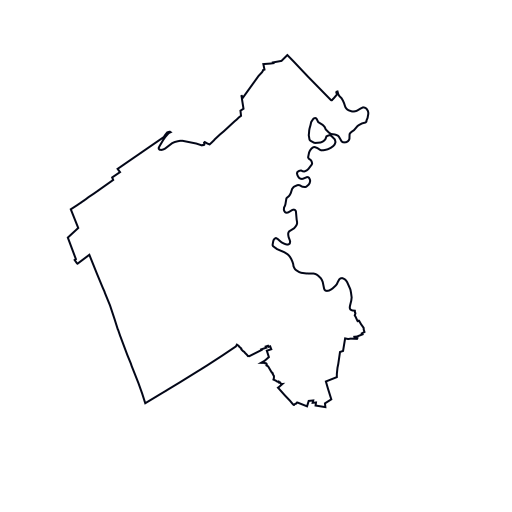 El Higo, Veracruz, Mexico, rotated 152°
{"feature_id": "50627088B45617363744287", "entity_name": "El Higo", "entity_type": "district", "adm_level": 2, "iso_a3": "MEX", "parent_name": "Mexico", "parent_adm1": "Veracruz", "projection": "orthographic", "projection_center": [-98.455, 21.767], "detail": "fine", "context": "isolated", "style": "outline", "palette": "ink", "viewbox_px": 512, "rotation_deg": 152, "n_neighbors": 0, "source": "geoboundaries", "source_scale": "gbopen_adm2", "svg_char_len": 6092}
<svg xmlns="http://www.w3.org/2000/svg" viewBox="0 0 512 512"><g transform="rotate(152 256 256)"><path d="M106.8,363.0L107.8,363.2L108.2,362.7L108.4,362.5L108.4,360.7L113.2,358.8L115.1,358.2L115.7,357.9L116.0,357.9L116.6,358.4L125.9,389.9L131.4,409.9L134.0,418.7L141.9,416.3L150.0,418.9L150.0,418.6L150.1,418.1L152.8,419.1L159.4,422.0L160.3,419.0L160.6,418.1L160.8,417.1L161.0,416.6L162.6,416.8L163.2,416.1L164.5,415.4L169.2,413.8L192.9,402.1L193.5,404.8L194.1,402.7L194.7,401.2L197.9,391.9L201.5,391.6L203.4,386.8L206.1,386.4L209.1,385.5L211.6,385.0L226.0,381.2L230.8,380.2L237.9,378.3L238.4,378.0L242.2,376.9L244.6,376.3L246.2,378.2L247.4,380.2L247.8,380.7L248.7,380.4L249.0,379.0L249.5,378.5L249.9,378.5L250.4,378.6L250.9,379.0L251.7,379.2L251.9,379.1L255.9,383.3L266.9,392.3L269.1,393.4L271.4,394.1L274.3,394.8L277.0,395.0L286.0,393.5L287.7,393.6L289.6,394.0L291.2,395.1L291.4,395.7L291.5,396.4L291.0,397.3L289.1,398.6L283.3,402.1L280.4,403.6L276.0,405.3L275.1,405.5L273.3,405.4L273.7,406.2L275.2,406.6L276.4,406.8L279.2,405.6L281.6,404.3L337.3,397.9L336.7,393.9L346.1,392.9L346.4,390.2L369.9,387.2L376.2,386.6L379.7,386.0L390.4,384.8L397.6,384.2L399.8,364.2L413.5,360.6L416.5,337.8L418.0,337.6L417.5,333.5L417.2,333.0L402.6,335.3L404.8,314.7L406.2,300.1L406.5,295.6L406.7,294.8L408.1,280.9L410.6,266.2L412.5,256.0L412.4,255.7L413.5,248.9L413.6,247.7L413.8,246.4L416.1,228.9L417.0,219.7L417.4,217.5L419.5,198.8L421.1,187.9L422.9,178.0L382.4,180.2L350.9,182.3L332.6,183.9L316.2,185.6L314.5,186.7L313.5,184.8L313.4,183.8L312.4,181.2L312.8,180.5L312.1,178.1L311.4,176.9L311.2,175.6L310.4,173.1L310.1,171.4L309.6,171.2L309.0,170.7L295.2,170.4L295.2,171.1L289.9,170.2L289.9,171.5L287.5,171.1L287.5,169.9L285.9,169.6L286.3,166.5L290.9,167.3L292.1,160.7L296.8,159.6L298.0,159.4L301.7,159.3L299.2,157.9L298.2,157.2L298.2,156.8L297.4,156.4L297.3,155.4L297.8,154.6L298.1,154.4L297.1,152.8L296.8,145.8L296.4,145.4L296.3,144.9L296.3,144.5L296.6,144.3L296.6,142.7L296.5,141.6L297.5,139.8L298.6,138.7L297.0,136.6L296.2,135.1L295.8,134.7L294.9,134.6L294.7,133.6L295.0,133.3L294.7,133.0L294.2,133.0L294.2,132.6L294.0,132.4L294.0,131.6L293.7,131.1L293.5,130.9L292.8,130.6L297.0,129.6L298.4,129.4L295.9,119.2L293.9,112.1L293.2,108.6L292.7,106.9L292.4,106.7L292.2,106.9L290.3,107.0L289.7,106.8L288.6,107.4L288.2,107.2L281.5,99.3L277.5,103.3L273.3,101.6L274.9,99.8L271.8,98.5L273.6,96.0L265.7,90.0L264.3,93.5L256.8,94.1L254.7,105.3L253.2,112.4L241.5,111.1L240.0,113.9L236.5,119.1L234.1,122.0L226.9,131.8L223.7,131.3L216.0,141.4L213.6,139.4L211.2,138.6L205.7,135.4L205.3,135.7L207.5,137.0L207.1,138.5L204.7,137.5L198.8,136.8L198.9,138.0L195.9,138.0L195.4,140.5L194.7,142.0L195.3,146.7L195.4,150.5L195.6,150.7L196.7,150.6L196.9,151.1L196.6,155.7L196.7,157.2L195.2,158.6L195.0,159.4L195.1,159.7L194.4,161.3L196.4,162.6L197.1,163.4L197.7,164.3L197.8,165.0L197.7,165.7L197.3,166.7L196.4,167.9L192.9,171.8L191.0,174.5L189.3,179.1L188.5,181.7L188.3,182.9L187.8,190.1L188.0,192.0L188.3,193.1L188.7,194.0L189.8,195.5L190.4,196.1L190.8,196.2L191.6,196.5L192.3,196.5L193.4,196.3L195.6,194.9L198.0,193.1L199.8,192.4L203.6,191.4L205.5,191.2L207.8,191.2L209.8,191.9L210.9,192.8L211.3,193.9L211.2,195.2L209.3,201.7L209.1,203.8L209.2,205.9L210.3,209.3L211.0,210.8L211.9,212.1L213.3,213.4L219.7,216.9L223.9,219.9L225.4,221.5L227.2,224.6L227.7,225.9L227.8,227.3L227.7,229.3L226.9,231.6L226.5,234.0L226.3,236.8L226.4,239.1L226.7,240.9L227.3,242.7L229.2,246.0L234.2,252.2L236.3,256.6L236.3,257.6L236.0,258.2L233.9,260.9L233.0,261.8L231.8,262.4L230.4,262.6L229.8,262.3L228.8,260.7L227.9,258.2L227.0,256.0L225.6,254.0L224.6,252.8L223.7,251.9L222.5,251.1L221.4,251.0L220.5,251.1L220.2,251.3L219.1,252.7L218.8,253.9L218.3,257.5L217.6,259.6L216.9,260.9L216.2,261.6L215.1,262.2L209.3,262.6L207.1,263.5L205.4,264.5L204.5,265.4L203.8,266.7L203.0,269.1L200.0,276.2L199.8,276.8L199.8,277.5L200.0,278.3L200.5,278.9L201.3,279.4L202.6,279.6L205.8,279.4L207.3,279.4L208.6,279.8L209.2,280.2L209.7,280.9L209.8,281.3L209.9,282.7L209.7,283.7L208.5,285.6L206.8,286.8L205.8,287.8L202.1,292.6L201.4,292.9L198.9,293.4L197.4,294.1L195.8,295.2L192.6,298.3L190.3,299.3L189.0,299.3L186.2,299.1L185.0,298.6L184.1,297.8L183.0,296.0L182.5,295.4L180.4,293.9L179.6,293.6L178.5,293.7L175.9,294.3L174.4,295.2L173.2,296.5L172.7,297.4L172.5,298.5L172.5,299.6L172.5,300.1L172.7,300.6L173.0,301.1L173.8,301.7L178.5,302.2L179.8,302.8L180.3,303.3L181.1,304.3L181.3,304.9L181.5,306.2L181.5,307.7L181.3,308.7L181.0,309.8L180.2,310.6L179.6,310.8L178.0,310.9L176.1,310.4L175.0,308.9L173.8,308.0L172.5,307.8L170.8,307.8L169.0,308.2L163.8,310.6L163.0,311.4L162.6,312.9L162.5,313.9L162.7,315.2L163.6,316.9L163.7,317.4L163.7,318.5L163.4,319.0L160.5,322.5L158.8,323.8L156.6,324.8L155.1,325.1L154.3,325.1L153.6,324.9L153.0,324.6L151.4,322.8L150.8,321.9L149.7,319.8L148.8,318.7L147.0,317.8L145.2,317.2L142.8,316.6L141.9,316.5L139.2,316.4L136.2,316.8L134.3,317.5L132.9,318.7L132.5,319.1L132.1,320.0L131.7,322.0L132.7,325.4L133.6,327.7L134.1,328.0L135.4,328.4L137.6,328.6L139.7,326.7L140.8,326.2L142.3,325.8L143.7,325.7L145.7,325.9L148.8,327.2L150.6,328.0L151.6,328.8L153.5,331.7L154.0,332.7L154.1,333.5L154.0,334.0L152.7,337.9L151.6,339.5L150.0,342.0L148.8,343.5L146.4,346.0L144.8,347.9L144.2,348.5L141.2,350.1L140.5,350.3L139.6,350.2L138.8,349.9L138.5,349.7L138.1,348.5L138.2,345.0L135.7,340.7L135.3,339.7L134.8,337.6L135.0,335.0L133.7,330.8L132.6,328.6L129.4,326.3L128.2,325.1L127.1,323.6L126.8,322.4L126.6,317.0L126.0,315.8L124.8,314.9L123.1,314.2L122.5,314.1L120.8,314.2L120.2,314.5L119.6,314.7L118.5,315.6L116.5,319.1L116.1,319.7L115.5,320.1L114.8,320.4L113.2,320.8L110.4,321.1L105.3,323.1L103.5,323.3L100.3,323.3L98.8,323.0L97.3,322.6L96.6,322.5L95.7,322.7L95.3,323.0L94.8,323.8L92.7,325.5L90.1,328.8L89.5,330.0L89.1,331.6L89.2,333.2L89.3,334.1L89.6,334.8L90.1,335.6L91.1,336.6L91.8,337.0L94.4,337.1L98.4,336.9L99.6,337.0L101.6,337.6L103.3,338.5L103.9,339.1L105.5,340.8L106.1,341.6L106.7,342.7L107.0,343.8L107.2,345.2L107.0,346.8L106.5,349.6L106.3,352.4L106.4,355.2L107.3,358.0L107.4,359.3L107.4,360.2L106.8,363.0Z" fill="none" stroke="#020617" stroke-width="2"/></g></svg>